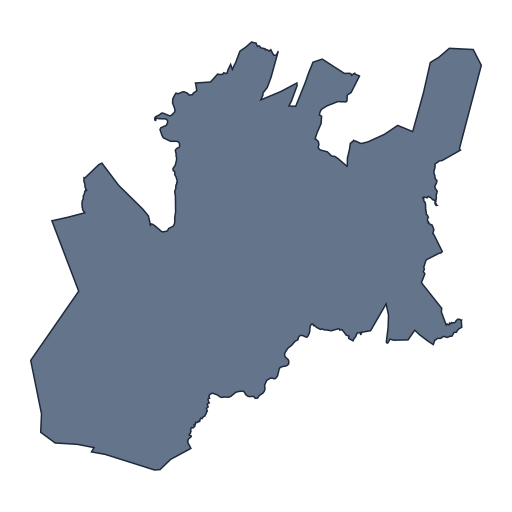 Copalillo, Guerrero, Mexico (Natural Earth projection)
{"feature_id": "50627088B95140334910762", "entity_name": "Copalillo", "entity_type": "district", "adm_level": 2, "iso_a3": "MEX", "parent_name": "Mexico", "parent_adm1": "Guerrero", "projection": "natural_earth1", "projection_center": [-99.014, 17.982], "detail": "fine", "context": "isolated", "style": "filled", "palette": "slate", "viewbox_px": 512, "rotation_deg": 0, "n_neighbors": 0, "source": "geoboundaries", "source_scale": "gbopen_adm2", "svg_char_len": 6021}
<svg xmlns="http://www.w3.org/2000/svg" viewBox="0 0 512 512"><path d="M30.7,360.4L41.5,413.8L40.7,432.3L55.2,443.0L77.1,444.3L94.0,447.6L91.5,451.9L105.2,454.4L154.5,470.0L160.0,469.6L170.7,459.3L190.9,448.4L187.7,442.2L188.1,440.9L187.7,440.3L188.6,438.9L191.2,436.6L191.0,435.7L189.3,435.2L189.1,434.9L189.4,434.1L190.6,433.0L190.4,432.2L191.0,431.3L190.7,429.7L190.9,428.5L191.7,427.6L193.1,427.9L194.9,426.1L194.9,425.6L194.0,424.9L194.3,424.4L195.4,424.2L195.7,422.3L196.5,422.6L197.8,422.3L198.7,421.1L199.6,421.5L199.9,420.9L199.9,419.8L200.8,418.3L202.2,418.6L202.7,417.3L205.0,415.9L205.2,414.9L206.0,413.8L206.5,412.5L206.6,411.6L207.3,411.2L206.5,408.7L206.8,407.9L208.1,407.0L207.3,404.3L207.6,403.7L209.3,402.9L208.6,401.8L208.0,399.5L208.4,398.5L209.5,398.3L208.9,395.7L210.1,394.3L212.3,393.1L217.3,394.9L219.9,396.8L221.6,397.4L224.3,397.0L228.9,397.2L231.0,396.2L235.7,392.3L239.1,391.4L242.8,391.1L244.3,392.0L245.8,394.7L248.1,396.4L249.4,396.6L253.0,396.4L253.8,396.6L255.1,398.3L256.8,398.3L257.9,397.8L259.3,395.5L263.2,392.9L264.6,390.6L265.0,388.4L264.6,385.2L266.7,380.4L270.5,378.1L272.4,378.1L273.9,378.8L275.4,378.5L276.9,376.9L277.6,375.7L279.2,369.0L279.7,367.9L282.5,366.5L285.2,366.2L286.8,365.6L288.5,364.2L288.8,362.7L288.6,360.5L288.0,359.4L285.9,357.6L284.6,355.8L284.7,354.1L285.0,352.7L287.0,349.5L288.2,347.9L291.8,345.1L295.0,341.4L297.9,339.8L298.6,337.0L299.9,335.7L300.9,335.4L302.8,335.6L306.1,337.1L307.1,337.1L308.1,335.8L309.2,333.4L309.7,331.7L309.9,328.4L310.3,326.1L311.3,324.3L311.8,324.0L312.7,324.0L313.4,325.3L313.6,324.9L316.8,327.5L320.4,329.4L322.5,329.0L324.5,330.0L325.3,329.8L326.9,330.0L331.2,330.8L338.9,328.6L339.8,330.1L341.7,329.6L343.7,331.7L346.3,335.3L348.8,336.0L348.9,336.7L348.6,337.8L348.8,338.5L353.1,340.8L353.9,339.0L355.7,336.6L357.1,333.1L360.6,332.5L360.5,335.0L362.0,332.2L370.6,330.7L386.1,303.9L388.5,315.1L388.1,327.4L386.3,342.0L386.7,342.8L387.2,343.1L388.0,342.8L389.7,339.5L390.3,339.2L393.6,340.2L408.0,339.9L414.8,330.2L419.6,334.8L427.5,340.8L433.3,344.6L434.7,340.3L435.8,339.8L437.2,338.5L440.7,338.3L441.5,337.9L443.1,336.4L447.5,337.4L449.8,336.3L451.9,336.2L454.1,332.4L456.5,332.2L456.9,331.2L458.7,329.0L461.8,327.2L461.3,320.9L461.6,320.1L460.5,320.1L459.9,319.4L457.8,319.2L456.1,320.7L455.5,321.9L454.7,322.6L452.5,322.9L451.6,322.5L450.8,323.8L449.6,323.1L449.4,324.1L448.7,324.8L447.1,324.0L446.2,325.0L441.4,312.1L441.7,308.3L421.4,282.7L424.9,273.8L423.3,271.7L424.4,269.1L423.7,267.0L424.3,265.8L425.3,262.1L426.3,259.8L439.2,253.2L440.9,253.0L442.3,251.6L434.4,235.6L433.6,234.2L432.8,233.6L433.9,229.7L432.2,225.3L431.9,224.9L430.9,224.8L430.6,224.3L429.4,223.9L428.3,223.1L428.8,222.3L427.6,221.1L427.5,219.5L427.7,218.3L428.4,217.4L427.3,215.2L426.3,214.1L426.2,211.8L425.7,210.7L426.0,209.9L425.6,209.3L425.5,208.2L425.7,207.1L425.5,206.1L425.5,203.8L424.8,201.8L423.8,201.1L423.8,198.8L422.8,198.2L422.7,197.8L423.5,197.1L424.1,197.0L427.1,197.8L427.6,197.5L428.0,196.6L428.7,196.5L430.8,197.8L433.2,200.0L435.0,200.2L435.0,203.7L436.2,205.5L437.0,205.3L436.3,204.8L436.1,203.8L435.5,203.1L436.4,197.5L436.1,195.1L436.6,194.1L437.2,191.2L435.7,189.2L434.7,186.5L436.6,182.7L436.9,180.4L435.5,179.1L435.2,178.3L434.8,175.4L434.1,173.7L433.9,171.6L435.0,167.2L435.1,165.4L434.9,164.1L439.6,160.8L442.0,160.6L460.5,150.1L459.4,148.7L481.3,65.3L473.2,49.5L449.3,48.3L439.0,57.2L430.3,62.5L423.6,92.2L412.7,131.6L397.7,125.4L384.5,134.3L367.9,141.9L361.8,143.4L360.7,143.4L355.5,141.0L354.3,140.9L353.6,140.3L353.2,141.2L352.1,141.7L351.6,142.7L350.4,143.1L349.5,149.3L347.4,158.1L347.3,165.4L347.0,166.3L337.8,158.4L334.8,156.4L331.6,156.0L327.3,151.8L321.1,150.2L319.6,149.5L318.2,147.6L318.9,144.6L318.4,141.7L316.5,139.7L315.1,138.9L317.0,133.0L321.1,123.5L321.6,116.2L319.4,115.0L319.9,112.3L321.4,109.4L326.9,105.9L337.8,101.6L345.8,101.9L346.5,101.5L347.0,100.6L347.2,95.4L347.6,94.8L350.8,92.8L351.4,92.0L359.5,76.0L355.2,74.2L354.8,73.2L354.0,73.5L351.6,75.3L351.1,74.0L349.9,73.3L344.4,73.4L322.2,59.1L313.0,62.2L308.5,73.2L305.4,82.2L295.7,106.3L288.9,106.0L291.5,101.0L297.1,85.6L296.9,83.0L280.6,91.6L260.8,99.9L263.0,95.0L262.8,93.2L267.2,87.6L271.0,77.5L278.3,51.1L276.3,55.1L274.0,55.3L272.5,53.1L270.8,49.7L270.1,50.3L269.7,51.1L266.6,49.6L265.4,49.7L265.5,49.2L264.9,48.7L260.6,47.8L260.2,46.8L259.2,45.9L258.6,45.9L257.4,46.5L256.0,43.0L254.7,42.9L251.6,42.0L245.8,47.1L239.9,51.2L235.7,62.5L234.4,64.9L232.4,69.4L230.6,64.4L228.1,69.6L227.0,73.2L225.5,73.4L223.8,72.7L222.7,74.3L219.6,74.5L217.6,74.1L210.5,82.0L195.4,83.0L195.8,84.1L196.7,90.8L193.2,93.2L192.6,94.6L189.0,95.2L188.8,94.4L186.8,92.8L184.7,92.0L182.7,91.8L177.9,93.9L176.9,93.2L175.8,93.2L173.3,97.7L172.7,99.4L172.6,103.2L174.5,108.1L175.0,110.4L174.7,111.8L173.1,113.7L171.0,115.5L169.9,115.9L163.5,113.3L162.1,113.0L161.1,113.4L159.4,114.9L155.7,116.7L154.9,117.7L154.7,118.5L154.9,120.1L155.4,120.5L155.7,120.4L156.0,118.8L156.9,118.2L158.7,118.7L165.5,118.9L166.7,119.6L167.5,120.7L167.6,122.5L166.4,125.3L160.8,127.8L160.0,129.6L162.1,135.7L163.4,137.9L170.6,141.3L175.9,141.3L178.1,141.7L179.0,142.6L179.5,144.0L179.6,146.2L179.2,147.3L177.1,148.3L176.2,149.0L175.3,150.3L176.2,154.2L176.0,155.4L176.5,157.5L176.6,159.7L175.5,164.3L174.9,165.8L173.1,168.3L172.9,169.1L173.3,170.7L174.5,171.5L174.8,172.1L174.8,174.7L176.0,176.8L177.3,181.4L177.2,181.9L176.6,182.5L176.8,184.0L175.9,185.1L175.8,188.3L174.7,191.6L175.4,196.2L175.6,212.1L174.7,217.7L174.8,220.9L174.5,223.7L173.6,225.5L172.8,226.4L168.8,228.4L167.5,230.6L166.7,231.2L162.6,231.9L161.2,231.2L154.8,225.7L152.6,224.3L151.3,223.9L150.8,224.2L150.3,226.0L150.2,223.8L148.4,215.9L142.6,208.9L118.6,185.3L101.9,163.1L98.7,164.7L85.1,177.8L84.0,177.6L83.9,181.3L84.8,183.8L85.1,187.5L85.6,188.2L85.7,189.2L86.7,190.3L86.5,190.6L85.5,190.5L84.8,191.3L84.3,194.0L83.2,196.2L83.3,199.0L82.3,200.7L81.9,204.1L82.3,204.9L82.0,206.8L82.5,207.8L82.6,209.7L84.8,212.8L68.0,217.2L51.9,220.8L78.7,291.2L30.7,360.4Z" fill="#64748b" stroke="#1e293b" stroke-width="1.5"/></svg>